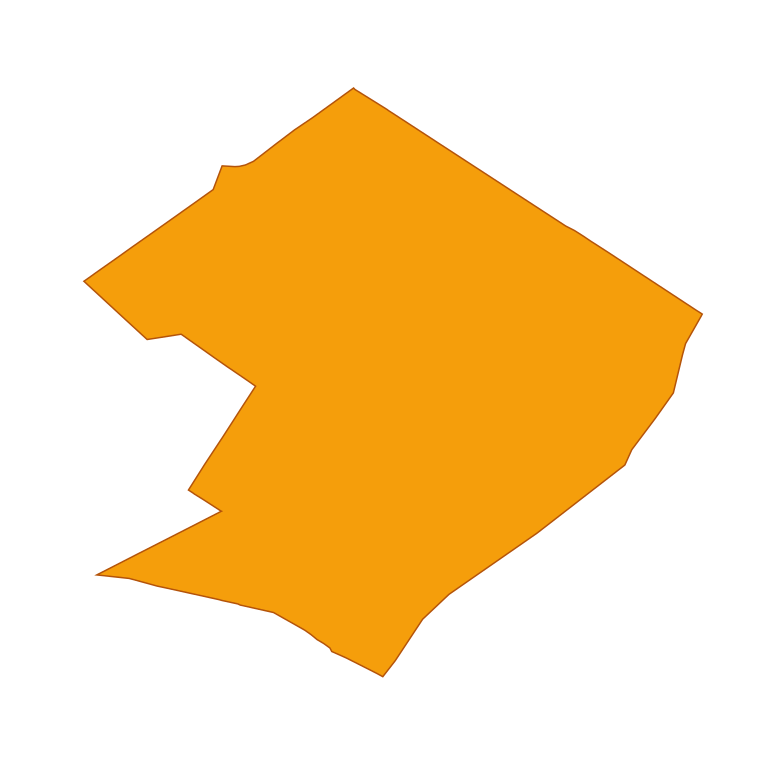 San Miguel Xoxtla, Puebla, Mexico, rotated 96°
{"feature_id": "50627088B55674968003410", "entity_name": "San Miguel Xoxtla", "entity_type": "district", "adm_level": 2, "iso_a3": "MEX", "parent_name": "Mexico", "parent_adm1": "Puebla", "projection": "orthographic", "projection_center": [-98.306, 19.172], "detail": "fine", "context": "isolated", "style": "filled", "palette": "amber", "viewbox_px": 768, "rotation_deg": 96, "n_neighbors": 0, "source": "geoboundaries", "source_scale": "gbopen_adm2", "svg_char_len": 1469}
<svg xmlns="http://www.w3.org/2000/svg" viewBox="0 0 768 768"><g transform="rotate(96 384 384)"><path d="M184.0,567.8L208.5,574.2L226.1,594.1L233.4,602.4L253.3,625.0L274.3,649.0L286.6,662.9L299.1,677.2L304.7,683.6L305.4,684.3L313.2,693.2L316.7,688.5L331.2,669.0L332.4,667.4L347.6,647.0L364.0,624.9L364.5,624.2L355.7,591.0L356.2,590.0L375.1,556.3L375.3,556.0L380.5,546.6L383.1,541.9L384.6,539.1L385.9,536.6L387.5,533.7L389.8,529.4L394.3,521.1L399.6,511.5L411.8,517.7L420.0,521.9L427.7,525.8L434.3,529.1L455.5,539.8L456.0,540.1L482.8,554.0L489.5,557.3L509.9,567.4L512.4,562.5L513.3,561.0L517.5,552.3L518.0,551.3L527.3,533.0L527.5,532.4L549.1,565.5L578.4,610.6L603.3,648.8L603.9,649.7L604.0,617.1L607.0,598.6L608.7,588.4L609.5,580.6L615.7,525.5L616.2,522.7L618.0,506.4L618.9,503.8L622.8,470.0L637.1,437.1L640.9,430.3L645.2,423.8L648.4,416.8L652.2,410.2L655.5,408.0L660.3,393.2L660.4,392.9L672.7,360.6L675.2,354.6L658.0,343.9L613.9,321.0L586.4,297.4L516.2,216.1L439.4,136.0L423.4,130.7L389.8,110.6L376.3,103.0L362.6,95.3L323.9,90.2L312.3,88.3L283.7,75.8L281.2,74.8L277.9,81.4L228.8,176.5L227.7,178.7L223.9,186.2L220.6,192.8L220.3,193.4L217.2,199.2L216.8,199.9L211.5,210.5L209.9,214.6L207.9,219.8L180.8,272.8L154.7,323.8L138.2,356.1L122.3,387.1L111.5,408.3L110.7,409.6L97.8,436.1L94.1,443.7L92.8,445.2L126.7,483.0L140.5,499.4L156.6,516.6L176.2,537.1L180.7,544.8L182.7,550.7L183.4,555.0L183.7,561.6L184.0,567.8Z" fill="#f59e0b" stroke="#b45309" stroke-width="1.5"/></g></svg>